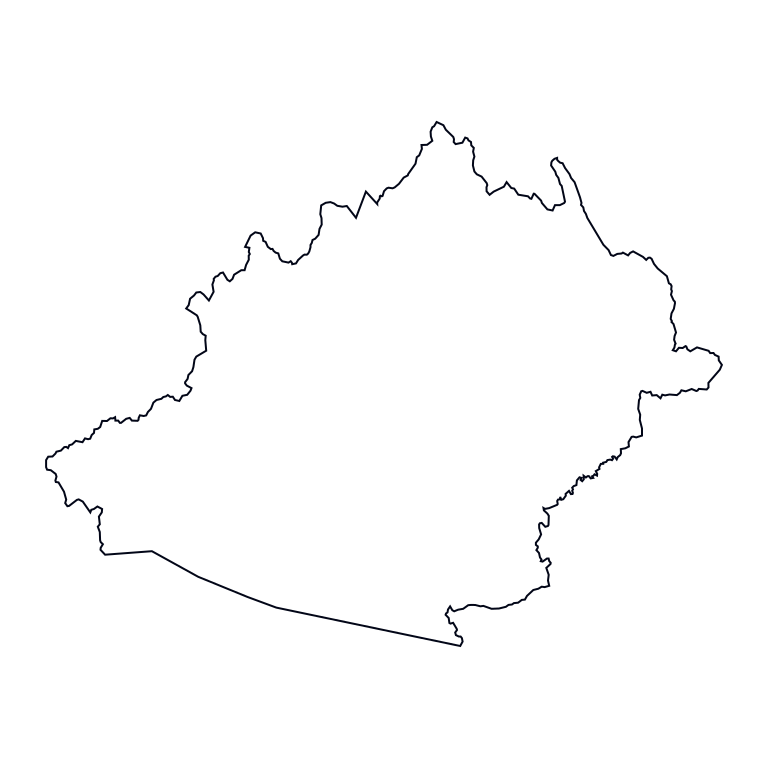 Chanchamayo, Junín, Peru (Natural Earth projection)
{"feature_id": "86281439B40126444259692", "entity_name": "Chanchamayo", "entity_type": "district", "adm_level": 2, "iso_a3": "PER", "parent_name": "Peru", "parent_adm1": "Junín", "projection": "natural_earth1", "projection_center": [-75.066, -11.002], "detail": "fine", "context": "isolated", "style": "outline", "palette": "ink", "viewbox_px": 768, "rotation_deg": 0, "n_neighbors": 0, "source": "geoboundaries", "source_scale": "gbopen_adm2", "svg_char_len": 6083}
<svg xmlns="http://www.w3.org/2000/svg" viewBox="0 0 768 768"><path d="M671.9,291.1L671.2,289.4L671.6,286.1L670.7,284.3L668.9,283.3L666.9,276.2L657.7,268.5L654.0,263.9L651.6,258.8L649.9,257.6L648.3,257.8L646.2,259.9L643.0,256.9L633.1,251.4L630.2,252.9L628.1,255.4L622.9,252.6L621.6,253.5L617.3,253.9L613.4,255.9L610.9,255.0L608.6,250.1L603.4,244.8L587.3,217.9L585.9,213.9L584.0,211.0L583.3,207.4L581.0,204.9L581.5,202.9L580.0,197.3L574.6,182.2L571.1,178.0L569.5,174.1L565.1,168.1L562.6,163.2L560.2,162.7L558.2,161.0L557.1,159.7L557.1,157.9L554.5,158.8L552.3,160.7L551.4,162.3L551.1,165.5L555.3,171.7L556.2,174.9L558.4,177.9L560.0,184.0L561.7,185.9L565.0,201.7L564.2,203.0L559.9,205.1L555.0,205.1L552.6,210.5L547.4,209.4L541.9,203.0L541.1,200.6L534.5,193.8L533.7,193.7L531.4,198.8L530.1,198.5L528.0,196.3L518.3,194.7L514.2,188.6L511.3,188.0L506.6,182.1L503.9,186.7L493.7,191.6L489.6,194.8L486.6,191.3L486.5,187.2L487.3,185.1L486.7,183.1L481.6,176.6L476.8,174.3L474.4,171.5L472.9,165.4L473.2,160.3L474.4,156.6L473.1,151.7L473.8,147.9L471.3,145.4L471.0,142.0L468.5,140.4L467.5,138.4L465.2,137.6L462.4,142.7L455.6,144.1L453.7,142.0L454.0,139.2L453.3,137.0L445.8,129.7L443.4,125.2L436.6,122.0L434.1,126.2L432.3,127.3L430.6,131.7L430.9,136.5L432.3,140.8L427.1,144.8L421.5,145.0L421.9,148.9L419.2,155.4L416.8,157.2L415.5,163.7L408.2,174.0L407.8,175.4L403.7,177.6L399.0,183.8L394.7,187.4L392.6,188.3L388.5,187.7L386.7,188.4L384.0,191.2L382.6,195.9L381.8,196.3L380.5,195.7L379.9,196.2L379.7,198.6L377.1,202.6L377.2,204.0L365.9,191.6L356.0,217.8L346.8,206.0L342.5,206.7L337.3,205.8L334.1,203.5L330.4,202.1L325.7,202.8L321.2,205.4L320.3,214.2L321.5,218.1L321.7,224.6L319.5,228.9L318.6,234.9L315.2,238.7L312.5,240.0L311.8,242.9L310.5,245.0L310.5,247.2L309.3,251.5L308.1,253.6L306.8,254.7L304.5,254.6L303.0,255.5L298.1,260.0L296.0,263.4L292.2,264.2L291.9,262.7L290.7,261.2L288.5,262.6L282.3,261.3L279.9,258.7L278.3,253.4L275.6,252.6L273.6,250.9L272.5,248.9L270.8,249.1L267.8,246.8L265.6,241.9L263.2,240.8L263.0,238.2L260.7,233.5L255.2,232.3L250.6,235.6L245.1,246.9L249.4,247.8L248.8,252.0L249.8,254.0L248.7,255.7L248.8,259.7L246.1,264.9L244.6,270.2L241.3,270.2L234.1,274.7L232.5,278.9L229.8,281.3L227.4,279.8L223.0,272.5L220.3,273.2L217.7,276.0L215.5,276.7L213.7,278.9L213.9,280.3L212.4,284.5L213.6,291.8L208.9,300.5L203.6,294.5L200.3,292.0L196.3,292.5L194.0,295.5L190.1,298.7L188.7,305.1L186.2,308.5L196.8,315.3L197.7,316.8L200.3,325.3L200.7,331.7L202.8,334.1L205.7,335.7L205.3,340.1L206.2,350.7L196.3,356.6L194.5,359.7L193.4,367.1L192.1,371.2L188.4,375.0L187.6,378.9L185.1,382.2L185.1,383.4L186.8,385.6L191.5,388.1L190.5,390.7L187.2,394.8L182.4,395.8L179.3,401.0L175.0,400.0L172.8,396.7L170.2,396.9L167.8,395.0L165.9,396.4L163.3,397.0L161.4,398.8L156.5,400.0L153.4,402.6L151.0,408.8L147.9,412.0L146.2,415.4L143.7,416.0L139.9,415.3L138.7,417.8L138.5,419.8L137.6,420.8L131.9,420.6L129.7,417.9L126.2,418.8L121.0,422.9L119.9,422.9L118.2,420.6L115.4,420.6L115.1,417.2L113.0,418.4L110.4,418.3L107.0,421.0L102.2,420.9L100.2,427.0L97.8,428.8L94.3,429.4L94.0,432.9L91.7,435.0L90.2,438.7L88.1,439.2L85.0,438.4L82.5,442.2L75.8,440.9L72.1,444.4L69.3,445.2L68.0,448.1L66.3,446.9L64.3,447.1L60.9,450.6L56.4,451.7L55.5,453.5L52.5,456.5L48.2,456.7L46.1,460.1L46.1,467.2L47.1,469.7L50.8,470.2L55.7,474.0L56.5,476.6L55.4,480.5L55.8,482.0L58.5,482.4L64.0,491.7L66.2,499.6L65.2,503.1L67.4,506.2L69.1,505.9L76.9,499.9L78.7,499.4L82.8,501.6L90.3,512.4L91.3,509.8L93.9,509.0L97.4,506.5L102.1,509.0L101.8,512.4L98.9,516.6L99.8,524.3L97.8,526.7L99.8,532.0L100.1,540.3L100.7,542.1L102.9,544.2L100.7,547.8L100.5,549.8L105.1,554.7L151.9,551.2L198.2,576.8L247.6,597.0L276.3,607.6L460.2,646.0L462.6,641.6L461.9,638.1L460.6,636.5L458.8,636.5L455.9,635.1L455.2,632.5L457.0,630.0L456.7,628.8L453.1,622.8L450.5,623.6L449.4,623.0L448.7,618.0L445.6,614.8L446.0,613.5L447.5,612.4L448.0,609.5L450.1,606.4L452.3,610.2L454.2,611.3L458.1,609.7L463.2,608.8L468.2,605.2L471.1,604.9L475.3,605.0L480.4,606.3L483.4,605.9L491.6,608.8L499.0,608.5L505.9,606.8L508.5,604.9L512.0,604.5L513.9,603.1L518.1,602.7L521.8,599.9L524.9,599.6L527.0,595.9L533.3,590.0L538.4,588.7L541.7,586.7L544.7,587.1L549.2,585.8L548.0,580.6L548.7,574.8L546.3,567.9L550.5,564.0L550.7,562.8L549.2,561.0L548.6,558.5L547.0,558.5L542.6,561.6L540.8,561.2L541.5,559.5L540.0,557.5L539.0,553.0L536.4,550.1L537.8,547.7L537.8,546.4L535.9,544.9L535.9,542.7L538.7,539.4L541.1,534.4L539.2,528.1L539.1,524.5L539.8,523.3L541.7,522.9L545.3,526.8L547.9,526.0L548.5,525.0L548.8,515.8L547.4,513.6L543.9,510.4L543.5,508.0L545.0,508.9L549.2,508.1L557.2,504.8L557.7,504.0L557.2,501.0L558.0,499.6L560.0,499.3L560.2,496.9L561.3,499.8L563.3,499.2L565.8,495.7L565.6,493.9L569.0,490.9L570.9,494.1L572.5,494.0L572.9,492.9L572.2,490.7L573.0,489.4L572.2,487.7L573.7,486.1L576.4,485.1L576.9,480.4L579.5,477.3L581.5,477.9L580.6,479.9L582.2,481.2L583.8,479.3L583.6,475.7L585.9,477.5L587.5,476.2L588.8,476.1L590.7,478.4L593.2,477.9L592.1,476.3L593.5,475.7L594.5,474.3L597.0,475.6L597.2,473.9L595.8,471.1L599.5,468.9L599.1,467.3L600.8,463.9L603.2,463.8L603.1,462.7L606.3,461.9L607.4,460.1L610.2,459.6L612.0,460.2L613.1,458.7L612.1,456.9L612.8,456.3L614.6,456.6L616.7,459.4L617.7,457.1L620.2,455.1L621.0,453.3L620.8,449.1L625.3,448.3L628.9,446.5L628.5,442.1L631.6,436.9L633.2,436.6L636.2,437.4L642.0,435.6L642.0,428.5L639.8,419.9L640.2,414.7L638.2,408.9L639.0,400.1L640.3,397.9L639.7,394.7L641.2,391.3L642.5,390.9L646.7,392.8L650.5,391.8L652.2,395.5L656.7,395.1L660.5,398.3L662.3,394.7L665.1,395.4L669.5,394.5L676.9,395.1L679.9,392.8L681.4,390.3L685.8,391.3L691.7,389.0L696.3,391.0L697.5,390.6L698.8,388.9L706.7,389.5L708.5,387.5L708.4,382.9L719.8,369.7L721.9,364.9L718.8,360.4L718.6,356.6L714.9,354.9L713.5,353.0L710.2,353.1L708.6,350.8L697.0,347.4L690.3,351.3L687.4,349.3L686.3,346.5L685.5,346.1L682.7,348.0L678.9,347.8L676.0,351.3L672.8,350.2L674.4,347.6L675.0,344.3L675.6,343.7L674.1,339.8L674.6,336.0L676.0,332.5L673.5,324.0L671.5,322.0L671.9,321.1L670.7,318.9L671.5,313.4L673.9,308.8L675.0,303.1L674.8,301.6L673.6,300.4L671.0,294.7L671.9,291.1Z" fill="none" stroke="#020617" stroke-width="2"/></svg>